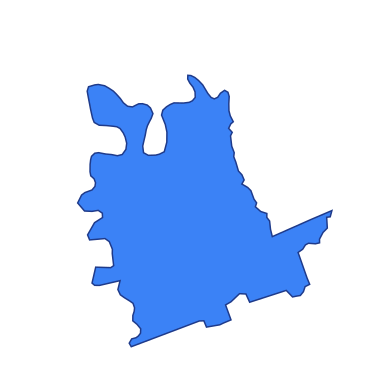 outline of Veranópolis, Rio Grande do Sul, Brazil, rotated 160°
{"feature_id": "56859067B2457247934767", "entity_name": "Veranópolis", "entity_type": "district", "adm_level": 2, "iso_a3": "BRA", "parent_name": "Brazil", "parent_adm1": "Rio Grande do Sul", "projection": "equal_earth", "projection_center": [-51.552, -28.98], "detail": "fine", "context": "isolated", "style": "filled", "palette": "blue", "viewbox_px": 384, "rotation_deg": 160, "n_neighbors": 0, "source": "geoboundaries", "source_scale": "gbopen_adm2", "svg_char_len": 2410}
<svg xmlns="http://www.w3.org/2000/svg" viewBox="0 0 384 384"><g transform="rotate(160 192 192)"><path d="M302.0,67.4L229.2,68.3L224.9,66.9L224.6,60.1L211.3,57.7L207.3,58.1L199.1,58.5L199.1,74.4L192.9,75.5L182.1,80.2L176.2,77.7L175.5,68.7L137.1,67.3L133.4,59.0L129.9,58.5L125.6,57.7L121.4,60.2L118.1,64.4L113.0,65.0L113.3,71.7L113.0,98.9L107.5,100.4L103.5,103.5L100.1,104.0L93.7,101.1L89.5,100.6L88.3,104.1L82.7,109.2L77.2,111.8L74.1,122.2L70.6,121.4L66.9,126.7L89.1,125.5L131.8,122.6L131.0,130.1L129.0,138.2L130.4,142.5L129.0,146.2L134.1,150.2L137.5,156.4L135.0,159.7L136.2,164.1L136.2,168.6L136.2,173.1L138.1,177.2L142.4,182.4L138.9,185.5L139.2,191.1L141.2,195.8L140.6,205.1L140.7,210.9L138.9,214.5L139.0,221.5L136.6,231.6L133.8,234.3L135.8,239.3L132.3,242.7L129.2,243.9L130.0,250.5L129.5,255.7L127.2,262.4L124.4,269.0L124.1,273.4L126.6,276.4L131.5,275.1L135.5,272.2L139.2,271.9L141.7,274.3L143.4,279.2L145.3,289.0L147.8,294.7L150.2,298.7L153.2,301.8L156.0,303.1L157.4,299.6L156.8,295.1L155.2,290.2L154.9,285.0L156.6,279.8L160.4,277.6L163.9,277.2L169.6,278.5L178.5,281.9L182.5,281.7L186.8,280.8L191.4,278.9L194.3,274.7L194.0,264.5L195.1,256.8L198.6,247.5L204.3,239.3L209.7,238.7L213.6,239.1L220.5,241.4L224.1,245.5L222.6,252.0L219.4,257.0L216.5,261.4L213.7,266.2L211.2,269.5L207.9,272.7L205.2,275.1L201.9,279.0L202.3,285.2L204.3,289.0L208.3,291.9L211.9,293.1L215.9,292.7L218.8,292.3L223.2,294.6L226.0,299.3L227.4,304.4L229.7,310.1L231.4,313.7L234.5,317.9L237.7,321.7L243.3,325.1L246.8,325.9L253.2,326.3L256.0,322.6L257.1,316.2L258.2,309.3L259.0,304.5L259.6,300.1L260.2,295.4L260.1,290.8L256.4,286.5L249.5,283.6L243.9,280.9L240.3,279.0L237.9,276.3L236.4,271.1L236.0,266.6L236.7,260.1L239.5,254.7L244.7,251.1L249.7,251.6L254.8,254.7L260.1,257.2L266.3,260.9L270.1,261.7L274.2,259.9L276.2,257.0L278.3,252.8L280.9,245.9L281.6,241.8L279.5,237.9L279.5,233.7L281.3,230.4L285.3,228.1L288.7,228.1L292.8,228.1L296.8,226.9L303.2,220.8L299.5,210.9L292.6,208.0L286.4,206.8L283.5,202.8L284.8,198.6L294.1,196.5L304.8,187.4L304.6,182.0L289.7,178.0L286.7,173.7L286.4,165.4L288.0,161.4L290.8,149.6L294.2,148.7L308.2,154.3L317.1,140.6L315.4,137.6L311.0,135.9L289.9,133.3L295.0,125.7L294.5,119.9L291.6,115.7L287.8,110.9L285.5,107.6L285.6,102.8L287.1,99.7L289.8,96.2L291.7,91.2L288.9,86.4L287.0,81.0L288.7,76.9L291.7,75.0L294.5,74.2L298.9,74.6L302.7,71.4L302.0,67.4Z" fill="#3b82f6" stroke="#1e3a8a" stroke-width="1.5"/></g></svg>